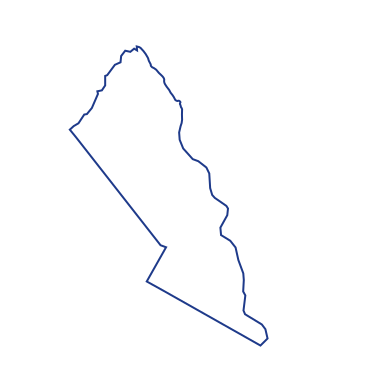 Charles Mix, South Dakota, United States of America, rotated 209°
{"feature_id": "52423323B18286734476432", "entity_name": "Charles Mix", "entity_type": "district", "adm_level": 2, "iso_a3": "USA", "parent_name": "United States of America", "parent_adm1": "South Dakota", "projection": "orthographic", "projection_center": [-98.482, 43.168], "detail": "fine", "context": "isolated", "style": "outline", "palette": "blue", "viewbox_px": 384, "rotation_deg": 209, "n_neighbors": 0, "source": "geoboundaries", "source_scale": "gbopen_adm2", "svg_char_len": 1390}
<svg xmlns="http://www.w3.org/2000/svg" viewBox="0 0 384 384"><g transform="rotate(209 192 192)"><path d="M168.6,91.8L57.7,90.9L54.9,100.5L61.3,107.6L66.7,110.0L86.3,110.8L89.5,113.3L95.2,127.4L99.0,129.8L104.0,140.1L107.7,145.7L118.5,155.0L127.0,164.6L134.9,167.9L145.7,168.4L149.9,174.6L149.9,188.8L152.5,195.0L155.2,196.5L169.2,197.9L172.9,199.2L178.0,204.2L185.9,216.6L191.3,220.4L201.4,222.0L207.3,221.1L220.8,225.8L228.1,231.7L232.1,237.8L233.9,244.1L234.5,247.3L235.7,250.4L238.3,254.8L240.8,259.6L242.1,260.6L242.8,260.9L244.2,262.4L245.1,263.0L245.4,263.4L245.6,264.8L246.0,265.2L247.0,265.5L247.5,265.5L248.2,265.2L248.9,264.5L250.0,264.3L251.2,264.4L254.1,266.3L256.0,267.3L258.9,268.5L261.3,270.1L265.2,271.8L267.8,273.2L268.7,273.8L269.7,274.8L270.1,275.4L270.7,276.6L270.9,277.0L271.5,277.6L272.4,278.2L273.8,278.8L275.9,279.4L278.7,280.1L282.6,281.6L285.2,281.9L287.4,281.8L288.9,282.3L289.3,282.6L290.0,283.6L293.3,285.8L294.5,286.9L295.0,287.5L296.0,288.2L299.4,290.2L302.7,291.7L306.9,293.1L307.7,293.1L308.6,293.1L310.9,292.5L308.7,289.2L312.1,289.3L313.9,284.7L318.9,283.2L319.9,276.6L317.4,270.8L321.1,265.9L322.8,253.1L324.2,251.4L319.6,243.1L320.1,237.2L323.6,234.2L321.8,232.2L320.3,216.9L321.7,209.2L323.8,207.5L324.6,197.1L327.4,192.3L329.1,187.3L320.1,183.7L193.7,130.2L187.9,131.1L188.2,91.8L168.6,91.8Z" fill="none" stroke="#1e3a8a" stroke-width="2"/></g></svg>